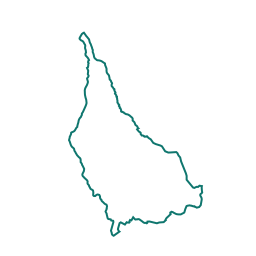 the district of Rona De Jos, Maramures, Romania, rotated 258°
{"feature_id": "2599482B30992645839437", "entity_name": "Rona De Jos", "entity_type": "district", "adm_level": 2, "iso_a3": "ROU", "parent_name": "Romania", "parent_adm1": "Maramures", "projection": "equal_earth", "projection_center": [24.015, 47.917], "detail": "fine", "context": "isolated", "style": "outline", "palette": "teal", "viewbox_px": 256, "rotation_deg": 258, "n_neighbors": 0, "source": "geoboundaries", "source_scale": "gbopen_adm2", "svg_char_len": 5697}
<svg xmlns="http://www.w3.org/2000/svg" viewBox="0 0 256 256"><g transform="rotate(258 128 128)"><path d="M55.8,188.2L56.7,185.9L55.8,184.3L56.2,182.8L55.6,180.4L56.3,179.2L61.9,176.3L65.2,174.6L69.0,175.4L71.6,175.2L84.2,173.0L88.4,172.9L90.6,171.7L93.2,171.1L94.4,170.2L95.2,164.7L95.6,162.3L97.5,159.5L103.0,157.4L104.1,156.1L106.5,151.8L108.2,149.6L112.2,147.9L113.8,146.2L114.1,146.0L116.0,144.8L115.7,143.8L116.0,143.2L116.4,142.6L116.2,142.2L117.2,141.5L117.5,141.1L117.7,140.6L117.8,139.9L119.6,139.1L120.5,139.4L120.8,139.3L121.3,139.0L121.8,138.3L122.5,137.8L124.1,136.9L124.8,136.6L125.4,137.7L125.5,138.0L125.8,137.7L126.5,137.6L127.5,137.4L128.3,137.0L129.1,136.2L129.8,135.8L130.3,135.8L132.2,135.5L133.2,134.9L134.3,134.1L134.9,134.2L135.8,134.5L136.3,134.5L137.2,134.2L140.1,132.0L141.3,130.6L142.0,128.9L142.7,128.2L143.2,127.5L144.3,126.9L144.6,126.1L145.0,125.8L145.2,125.0L145.7,124.7L146.3,124.8L146.8,125.0L148.8,124.7L149.2,124.1L149.6,124.1L150.0,124.3L150.8,124.2L151.1,123.8L151.3,123.7L152.0,124.1L152.5,124.2L153.0,123.6L154.0,123.6L154.9,123.0L155.5,123.0L156.5,123.3L157.3,123.4L158.0,123.3L159.1,123.5L159.9,123.4L160.4,123.6L160.9,123.7L161.1,123.2L161.8,123.2L162.5,123.3L163.4,122.9L164.0,122.5L164.6,122.4L164.9,122.7L165.1,123.1L165.9,123.0L166.6,122.7L167.5,122.5L168.2,122.5L168.7,122.8L169.1,122.6L169.4,122.1L170.4,121.8L171.0,121.6L171.7,121.1L172.2,120.8L172.8,120.8L173.5,120.9L174.2,121.2L174.9,121.7L175.7,121.6L176.2,121.3L176.7,121.2L177.4,121.1L178.0,121.0L178.7,120.6L179.2,120.2L179.8,120.2L180.6,120.3L183.3,120.3L184.3,119.9L185.5,119.2L186.6,118.8L187.5,118.8L189.1,119.0L190.1,119.3L190.7,119.3L191.6,119.2L194.4,118.7L195.9,118.9L197.0,117.8L198.8,116.1L199.5,115.1L200.2,113.6L200.6,112.2L200.9,111.7L201.7,111.1L202.4,110.5L203.3,109.9L204.2,109.7L204.9,109.6L206.4,109.7L208.0,109.6L209.5,109.3L210.2,109.4L211.6,109.8L212.9,109.5L214.0,109.5L214.8,109.4L216.5,109.1L217.7,109.0L218.9,108.6L220.0,108.4L222.8,108.3L225.6,106.9L226.8,106.2L227.6,105.9L230.4,104.7L230.3,104.1L229.5,102.4L226.4,99.6L225.5,99.2L225.0,99.3L224.5,99.7L224.0,99.9L223.6,100.2L223.3,100.6L222.9,101.1L222.4,101.7L221.8,102.1L221.0,102.4L220.0,102.7L219.0,103.0L218.3,103.3L217.6,103.3L217.2,103.3L216.0,102.8L215.4,102.7L214.7,102.6L213.9,102.7L213.2,102.8L212.7,102.8L210.5,102.6L210.1,102.2L209.5,101.8L208.2,101.6L207.6,101.7L206.7,102.3L204.9,103.3L203.7,103.7L202.5,104.0L201.8,103.1L200.9,102.7L200.4,102.6L199.6,103.0L198.9,102.5L198.0,102.2L197.1,102.1L196.5,101.7L195.7,101.4L195.3,100.4L192.4,101.0L191.4,100.7L190.1,100.3L189.2,99.9L188.7,99.9L187.7,100.3L187.2,100.3L186.7,100.0L186.1,99.6L185.4,98.7L185.0,98.3L184.6,98.2L183.6,98.3L182.2,98.4L181.4,98.4L180.7,98.1L179.8,97.6L178.3,96.6L177.2,95.6L175.7,94.4L174.5,93.8L173.7,93.5L172.4,93.3L170.8,93.0L169.3,92.8L168.4,92.8L166.4,92.8L165.5,92.9L164.3,93.0L161.3,92.7L160.9,92.6L159.7,92.0L158.3,91.1L153.1,87.3L152.2,86.4L151.8,85.9L150.4,85.6L149.5,84.8L148.8,84.4L148.3,83.9L148.1,83.4L146.9,82.2L146.1,81.6L145.1,81.1L143.8,80.6L142.4,79.8L140.6,78.9L139.6,78.6L139.0,77.6L137.0,75.8L136.2,74.9L135.8,73.8L135.6,72.9L135.5,72.1L135.4,71.7L135.2,71.4L134.7,71.3L133.9,71.0L132.2,69.8L131.7,69.3L131.2,69.1L130.5,68.9L129.4,68.3L128.6,67.9L128.1,67.8L127.7,68.0L126.7,68.2L123.7,68.5L122.3,68.8L121.0,69.4L119.8,70.4L118.9,70.9L118.2,70.9L117.1,70.9L116.5,71.0L115.1,71.6L114.0,71.8L113.4,72.1L112.3,72.4L111.5,72.8L110.7,73.3L109.8,73.8L109.2,74.3L108.7,74.7L108.0,75.0L107.3,75.1L106.3,75.0L104.4,74.6L103.8,74.9L103.1,75.2L102.6,75.4L101.8,75.4L101.2,75.5L100.1,75.9L98.4,76.3L97.3,76.6L97.0,76.6L94.9,75.8L93.9,75.0L92.8,74.1L92.1,73.7L91.3,73.6L90.7,73.7L90.3,73.8L89.8,74.1L89.3,74.5L88.6,74.8L88.2,75.1L85.3,77.1L84.2,77.4L82.8,77.0L82.1,76.9L81.4,77.1L80.3,77.8L79.9,77.9L79.4,77.9L79.0,77.9L78.8,78.0L78.6,78.0L78.1,78.3L77.9,78.3L77.6,78.4L77.4,78.4L76.3,78.7L76.1,78.9L75.8,79.1L75.2,79.9L74.4,80.6L74.2,80.8L73.6,80.8L73.4,80.8L72.9,80.7L72.2,80.7L69.7,80.0L69.4,80.0L68.8,80.3L68.6,80.5L68.5,80.8L68.3,81.4L68.3,81.9L68.9,82.8L69.2,83.7L69.3,84.3L69.1,84.9L68.5,86.0L68.2,86.0L67.4,86.3L67.0,86.4L66.4,86.3L65.9,86.2L64.9,86.2L64.6,86.4L64.0,86.5L63.8,86.5L63.2,87.1L62.3,87.1L61.5,87.5L61.1,87.9L58.8,89.4L58.3,89.9L57.5,91.0L56.3,91.2L55.7,91.2L55.1,90.9L54.3,90.6L53.9,90.4L53.6,90.3L53.4,90.4L52.8,90.0L52.0,89.5L51.6,89.1L51.0,88.7L50.4,88.8L48.7,89.3L47.9,89.2L45.3,89.3L44.2,89.3L43.1,89.8L42.2,92.1L41.0,92.4L40.3,94.2L39.1,94.2L31.1,90.0L28.6,90.3L28.2,90.2L27.6,90.2L26.9,90.4L26.1,91.0L25.6,91.6L26.5,93.6L28.4,98.0L28.7,97.7L28.9,97.6L31.0,97.1L31.8,97.4L36.7,100.0L37.2,101.3L34.2,104.9L36.1,107.1L35.9,107.4L35.5,108.1L35.4,108.9L35.2,109.4L35.6,110.0L36.2,109.9L36.8,110.2L37.6,110.9L37.1,111.5L36.9,112.1L39.6,114.5L38.2,115.3L37.3,115.8L36.9,116.3L36.9,117.2L36.7,118.0L36.8,118.5L36.7,119.3L36.3,120.1L33.9,122.3L32.3,123.6L31.7,124.5L31.5,125.9L31.1,126.2L30.9,126.5L31.1,127.0L31.3,127.2L31.8,127.4L32.4,127.6L32.1,129.5L28.8,136.5L29.1,138.9L28.5,143.3L29.8,145.5L30.0,145.3L31.6,146.6L32.2,147.4L33.2,149.1L34.4,151.0L34.6,151.5L34.8,151.8L35.0,151.9L35.4,151.8L35.7,151.7L36.1,151.6L36.3,151.7L36.5,151.8L36.7,152.4L37.0,153.0L36.9,153.1L36.7,153.8L36.4,154.3L35.6,155.1L34.1,156.9L33.6,157.7L33.0,159.4L32.5,161.6L33.5,165.2L33.7,165.5L34.2,165.8L36.8,167.2L39.4,169.0L39.5,169.3L39.6,170.3L39.5,172.3L39.1,173.0L38.8,174.0L38.2,174.7L38.2,175.1L37.1,176.9L37.3,177.0L35.8,178.7L35.9,181.2L37.4,183.1L42.6,185.2L43.1,185.3L44.2,185.4L45.2,185.2L46.7,184.7L47.3,184.7L47.9,184.9L48.3,185.3L48.5,185.6L48.8,186.4L49.6,187.2L50.4,187.2L51.7,187.3L53.2,187.5L54.3,187.7L54.6,187.7L55.2,187.9L55.8,188.2Z" fill="none" stroke="#0f766e" stroke-width="2"/></g></svg>